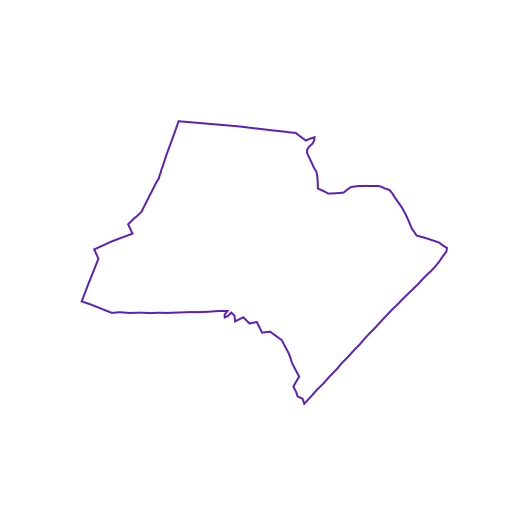 outline of Heet, Al-Anbar, Iraq, rotated 246°
{"feature_id": "34846034B36962706181157", "entity_name": "Heet", "entity_type": "district", "adm_level": 2, "iso_a3": "IRQ", "parent_name": "Iraq", "parent_adm1": "Al-Anbar", "projection": "albers", "projection_center": [42.654, 33.814], "detail": "fine", "context": "isolated", "style": "outline", "palette": "violet", "viewbox_px": 512, "rotation_deg": 246, "n_neighbors": 0, "source": "geoboundaries", "source_scale": "gbopen_adm2", "svg_char_len": 2091}
<svg xmlns="http://www.w3.org/2000/svg" viewBox="0 0 512 512"><g transform="rotate(246 256 256)"><path d="M410.6,240.1L403.9,233.8L396.5,226.7L385.1,215.6L375.4,206.8L373.8,205.0L371.2,203.1L368.6,200.5L366.5,198.9L363.5,194.5L359.3,189.4L348.6,176.2L344.6,171.3L343.2,169.8L342.3,167.5L341.1,164.5L340.0,160.1L337.0,152.1L326.7,152.3L327.0,146.0L327.4,140.9L327.7,135.4L328.0,130.1L328.0,126.5L327.8,110.9L317.7,110.9L315.7,109.0L306.6,99.7L299.5,92.3L285.4,78.3L278.8,85.4L273.2,90.9L270.2,93.8L266.5,97.4L262.6,101.3L260.1,108.6L255.3,117.5L251.0,128.0L247.1,135.6L243.9,143.7L240.2,151.5L236.1,161.7L231.5,173.2L227.8,181.3L224.6,189.4L220.7,200.1L218.9,204.1L217.4,207.5L215.2,203.5L212.6,202.5L212.6,206.1L214.4,210.3L210.4,212.1L204.8,210.3L205.2,219.5L197.0,222.6L195.4,229.9L183.5,230.4L181.1,238.2L175.9,241.1L168.7,245.3L160.7,245.8L154.4,246.3L148.7,246.0L144.2,245.4L137.2,245.7L128.3,246.4L124.4,240.9L121.4,237.0L115.3,237.4L110.8,236.9L106.6,240.5L101.4,240.0L105.2,248.9L109.1,257.5L112.0,265.4L115.7,273.5L117.6,278.2L117.7,278.5L119.9,284.1L123.1,290.4L126.1,298.2L130.2,307.5L132.9,314.5L136.5,322.0L139.1,328.1L141.7,335.0L144.4,341.2L147.4,348.2L148.1,349.9L151.7,358.5L154.1,365.4L157.0,372.5L159.8,379.9L162.2,386.6L164.5,392.9L167.1,398.8L169.4,404.7L171.0,409.6L173.4,415.3L176.2,420.8L179.5,426.1L182.7,431.8L185.7,433.7L186.0,433.5L189.6,431.0L193.6,428.9L197.4,424.9L201.8,420.0L204.9,416.5L209.4,411.0L212.6,410.5L217.7,409.5L224.4,409.7L231.7,409.7L240.2,409.1L245.7,408.1L253.0,406.6L257.9,406.0L262.0,404.8L265.6,400.9L268.5,398.5L270.3,396.0L273.1,389.7L275.7,384.0L278.5,377.3L280.4,370.9L279.6,366.7L278.3,361.8L279.9,357.1L281.6,352.4L283.7,347.3L287.3,344.6L292.4,340.0L292.6,340.0L297.5,342.1L303.2,344.2L308.1,345.4L314.0,344.8L318.9,344.8L324.1,344.6L329.4,344.6L332.3,345.9L334.1,348.5L335.8,353.6L337.6,355.9L340.7,357.7L341.2,353.0L341.2,348.5L343.6,347.1L348.2,344.5L352.4,342.3L354.2,338.8L356.5,335.1L360.2,328.8L364.5,321.4L370.1,312.0L375.7,302.5L380.9,293.9L386.0,284.7L410.6,240.1Z" fill="none" stroke="#5b21b6" stroke-width="2"/></g></svg>